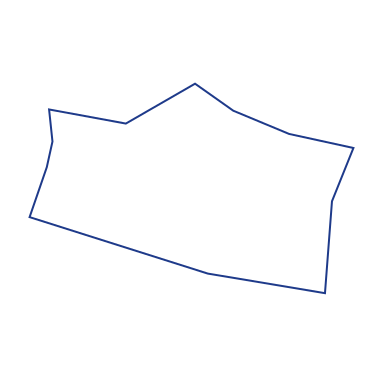 the Parish of Saint Peter, rotated 267°
{"feature_id": "MSR-5089", "entity_name": "Saint Peter", "entity_type": "Parish", "adm_level": 1, "iso_a3": "MSR", "parent_name": "Montserrat", "parent_adm1": "", "projection": "orthographic", "projection_center": [-62.194, 16.779], "detail": "fine", "context": "isolated", "style": "outline", "palette": "blue", "viewbox_px": 384, "rotation_deg": 267, "n_neighbors": 0, "source": "natural_earth", "source_scale": "10m", "svg_char_len": 316}
<svg xmlns="http://www.w3.org/2000/svg" viewBox="0 0 384 384"><g transform="rotate(267 192 192)"><path d="M84.0,319.5L109.7,203.5L175.4,28.5L224.4,48.3L249.7,55.3L281.9,53.6L263.8,129.5L300.0,200.7L271.0,237.5L244.9,292.0L227.5,355.5L175.4,331.3L84.0,319.5Z" fill="none" stroke="#1e3a8a" stroke-width="2"/></g></svg>